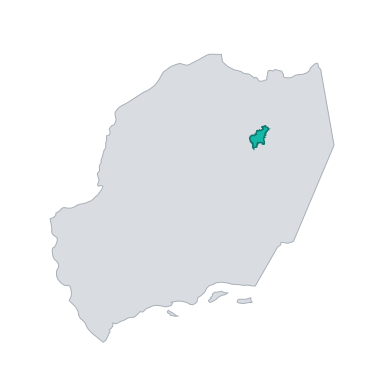 Shinyanga, Shinyanga, United Republic of Tanzania (highlighted), rotated 80°
{"feature_id": "72390352B3732768371218", "entity_name": "Shinyanga", "entity_type": "district", "adm_level": 2, "iso_a3": "TZA", "parent_name": "United Republic of Tanzania", "parent_adm1": "Shinyanga", "projection": "natural_earth1", "projection_center": [33.123, -3.598], "detail": "fine", "context": "in_parent", "style": "filled", "palette": "teal", "viewbox_px": 384, "rotation_deg": 80, "n_neighbors": 0, "source": "geoboundaries", "source_scale": "gbopen_adm2", "svg_char_len": 7340}
<svg xmlns="http://www.w3.org/2000/svg" viewBox="0 0 384 384"><g transform="rotate(80 192 192)"><path d="M145.3,276.3L141.4,274.0L137.9,272.5L135.0,270.9L133.7,269.4L131.0,268.8L128.7,268.5L126.5,267.1L122.0,266.5L121.5,265.6L121.5,263.4L120.7,262.9L119.1,262.3L117.3,262.4L116.3,262.7L115.6,262.5L114.2,261.3L112.8,259.7L112.3,257.1L110.3,255.5L107.9,254.2L101.4,254.3L100.4,253.9L98.8,252.6L97.0,250.5L95.5,248.1L94.3,244.7L92.9,240.3L85.4,222.5L84.6,219.1L83.2,215.4L80.8,210.8L78.2,207.4L74.8,204.3L70.9,201.2L68.8,199.2L64.7,190.8L63.9,186.9L63.3,182.8L63.5,181.1L66.0,175.9L66.3,174.4L66.0,172.5L64.7,168.3L63.1,163.2L59.9,154.0L59.5,151.7L59.5,149.9L61.4,140.6L61.4,139.2L68.9,139.4L74.3,135.3L79.1,129.2L80.0,126.6L82.0,122.7L83.9,120.7L84.6,119.4L85.7,115.5L88.2,112.8L90.7,110.8L90.1,109.3L90.5,108.8L91.8,107.7L94.4,106.8L94.9,104.7L94.9,102.4L94.5,101.1L94.6,99.6L94.2,98.8L92.5,98.6L90.0,97.4L87.9,96.9L86.4,96.2L85.9,95.7L85.7,94.3L86.9,90.8L85.7,89.3L88.3,83.3L88.8,82.6L89.7,82.5L91.2,81.9L92.6,81.6L93.8,81.8L94.6,81.6L95.3,80.9L96.0,78.9L96.5,75.5L96.2,72.8L95.1,70.7L94.8,67.4L95.3,63.1L94.9,59.5L93.7,56.6L92.5,54.9L90.6,54.1L87.7,49.7L86.8,47.6L86.9,46.2L87.9,45.7L89.8,45.9L91.6,45.4L93.3,44.2L94.9,43.8L95.7,44.0L170.6,44.0L258.0,100.5L258.4,101.1L259.1,106.0L258.9,107.6L257.6,110.5L257.2,111.9L257.2,112.9L257.5,113.3L258.6,113.5L259.6,114.1L260.0,114.7L260.7,116.8L261.7,117.8L294.9,145.5L295.6,146.0L295.1,148.3L293.2,153.9L293.1,156.3L292.4,159.0L291.7,160.9L289.7,168.8L288.1,171.8L285.9,178.7L285.6,184.0L286.8,187.8L287.2,191.3L289.8,194.7L291.8,195.9L293.2,197.5L295.6,201.0L297.0,204.6L301.4,206.4L303.2,210.4L302.5,213.2L300.5,215.5L298.5,219.2L297.0,224.1L296.9,231.5L297.9,230.4L300.3,232.2L300.6,237.7L298.1,244.1L297.4,247.1L297.2,249.7L299.0,257.3L301.6,261.2L301.4,262.4L300.7,263.5L305.2,270.4L304.8,276.4L306.4,281.0L307.2,285.1L308.3,288.2L308.5,290.3L307.1,292.7L310.3,293.3L312.3,295.3L313.2,297.1L315.6,297.0L316.8,298.3L318.7,299.4L322.8,302.5L323.9,304.1L324.5,305.6L313.2,315.4L309.1,318.0L306.2,319.1L303.1,319.8L300.1,321.3L297.3,323.8L293.7,325.0L289.4,325.0L284.8,326.7L277.6,331.8L273.4,329.0L270.1,328.1L266.3,328.2L264.0,328.5L263.2,329.1L262.4,330.9L261.8,333.7L259.3,336.4L255.0,339.1L251.0,340.0L247.3,339.4L244.8,338.3L243.5,336.8L241.6,336.1L239.1,336.2L236.7,337.3L234.4,339.3L230.7,340.2L225.6,339.9L222.9,338.9L222.6,337.2L220.3,335.2L216.3,333.0L213.3,332.9L211.4,335.1L209.6,336.5L208.1,337.0L206.6,337.1L204.6,336.5L199.0,336.3L193.7,336.4L193.2,333.2L192.1,331.3L191.1,330.1L189.3,329.8L188.8,328.9L188.2,327.0L187.3,325.3L186.1,323.9L185.4,322.6L185.1,321.4L185.3,320.1L186.4,316.9L186.8,314.6L186.7,312.4L186.1,310.0L184.8,307.2L185.0,306.4L184.5,304.5L184.5,303.2L184.7,301.6L184.5,299.4L183.4,294.7L183.4,293.5L182.3,291.3L178.8,286.0L178.6,285.3L173.1,279.9L170.9,278.8L170.1,279.8L169.8,280.7L170.0,282.4L169.9,283.3L169.6,283.6L168.3,283.6L167.5,283.4L165.4,281.9L163.8,281.6L159.7,281.9L158.3,282.2L157.2,281.9L155.1,279.4L152.5,278.9L150.3,278.8L146.6,276.0L145.3,276.3ZM302.1,186.9L303.9,192.8L303.6,193.9L302.3,194.6L301.7,194.6L300.9,193.7L300.3,191.7L299.3,192.2L297.7,189.8L296.0,189.7L294.6,186.9L295.1,184.4L294.8,180.2L296.6,178.0L297.6,174.4L298.8,176.9L299.0,180.8L300.6,185.3L302.1,186.9ZM310.9,151.9L311.1,153.3L310.7,154.6L310.8,158.8L310.6,161.5L309.3,165.4L308.1,166.7L307.2,166.3L306.3,165.7L305.7,164.7L307.0,157.6L306.4,152.4L308.9,152.9L310.9,151.9ZM307.0,236.8L305.7,237.1L305.2,236.8L304.4,235.6L305.8,234.6L307.1,232.7L310.2,229.9L311.7,227.7L311.5,229.9L309.7,234.6L308.2,235.0L307.0,236.8Z" fill="#d9dde1" stroke="#a8b0b8" stroke-width="1"/><path d="M139.9,111.8L140.0,111.9L140.4,111.9L140.6,111.7L141.0,111.3L141.4,110.7L141.5,110.6L141.8,111.0L142.0,111.2L142.3,111.2L142.5,111.2L142.5,111.6L142.7,111.8L142.8,112.0L143.0,112.2L143.0,112.3L143.0,112.5L143.1,112.9L143.0,113.0L143.1,113.4L143.2,113.5L143.2,113.8L143.3,113.9L143.3,114.0L143.3,114.6L143.3,114.8L143.3,115.1L143.2,115.1L143.3,115.2L143.3,115.4L143.2,115.6L143.1,115.9L143.1,116.1L143.0,116.3L142.9,116.4L143.0,116.5L142.9,116.7L142.9,116.8L142.9,117.1L142.9,117.5L143.6,117.7L144.2,117.9L144.6,118.3L144.8,118.5L145.6,118.6L145.8,118.6L146.1,118.6L146.3,118.6L146.4,118.8L146.2,119.1L146.0,119.6L145.9,119.8L146.1,119.9L146.3,119.9L146.6,120.0L146.9,120.0L147.2,120.2L147.2,121.4L146.8,121.9L146.6,122.2L146.6,122.5L146.5,123.0L146.9,123.6L147.0,123.8L147.2,124.1L147.2,124.3L147.5,124.2L147.6,124.4L147.7,124.5L147.8,124.7L147.8,124.8L147.8,125.1L148.0,125.2L148.2,125.3L148.3,125.4L148.4,125.5L148.5,125.5L148.8,125.8L149.2,125.9L149.3,125.9L149.6,125.9L149.8,125.8L150.0,125.8L150.1,125.7L150.3,125.7L150.6,125.8L150.8,125.7L150.9,125.8L151.0,125.8L151.3,125.8L151.5,125.7L151.8,125.5L151.9,125.4L151.9,125.5L152.0,125.5L152.3,125.6L152.4,125.4L152.5,125.3L152.5,125.2L152.7,124.9L152.9,125.0L153.0,125.0L153.2,124.9L153.3,124.8L153.4,124.7L153.5,124.7L153.8,124.4L153.9,124.5L154.0,124.4L154.0,124.5L154.1,124.4L154.1,124.5L154.2,124.4L154.3,124.4L154.5,124.2L154.6,124.3L154.8,124.3L154.9,124.2L155.0,124.1L155.3,124.0L155.5,124.0L155.5,123.9L155.7,124.0L155.8,124.0L155.9,123.9L156.0,123.9L156.3,123.8L156.5,123.9L156.6,123.7L156.8,123.7L156.9,123.8L157.0,123.7L157.1,123.8L157.2,124.0L157.3,124.0L157.5,124.1L157.6,124.3L157.8,124.3L158.0,124.3L158.0,124.2L158.5,124.1L159.0,124.3L159.2,124.2L159.4,124.2L159.5,124.2L159.9,123.9L159.7,123.9L159.4,123.7L159.3,123.4L159.2,123.4L159.1,123.2L158.9,123.0L159.0,122.8L158.9,122.3L158.9,122.2L158.9,121.6L158.9,121.4L159.0,121.2L158.9,121.1L158.9,120.9L158.9,120.6L158.7,120.5L158.6,120.2L158.2,120.1L157.8,120.1L157.6,120.1L157.3,120.0L157.3,119.9L156.6,119.9L156.5,119.7L156.4,119.8L156.2,119.5L156.2,119.4L156.1,119.1L156.1,118.9L155.9,118.9L155.6,118.9L155.4,119.0L155.4,118.9L155.3,119.0L155.2,119.0L155.0,118.9L154.9,118.9L154.7,118.8L154.6,118.7L154.7,118.3L154.9,118.0L155.1,117.3L155.2,116.6L155.3,116.4L155.3,116.1L155.3,115.8L155.2,115.7L155.3,115.2L155.5,115.0L155.6,114.7L155.7,114.4L155.8,114.3L155.8,114.2L156.0,114.0L156.4,114.0L156.5,114.1L156.8,114.2L156.7,113.7L156.8,113.5L157.0,113.6L157.3,113.5L157.3,113.1L157.4,112.9L157.4,112.7L157.1,112.6L156.8,112.3L156.5,112.3L155.9,112.2L155.5,112.1L155.1,112.2L154.9,112.1L154.5,112.2L153.7,112.2L153.4,112.2L153.1,112.1L152.9,112.1L152.7,112.2L152.0,112.2L151.9,112.2L151.5,112.0L151.4,111.9L151.2,111.7L151.0,111.4L150.9,111.2L150.8,110.8L150.7,110.9L150.5,111.1L150.3,111.2L150.2,111.2L149.8,111.2L149.7,111.2L149.5,110.9L149.4,110.9L149.1,110.7L148.8,110.3L148.8,110.2L148.7,110.2L148.4,110.0L148.4,109.9L148.3,110.0L148.2,110.0L147.9,109.9L147.7,109.9L147.6,110.0L147.5,109.9L147.3,109.7L147.0,109.3L146.8,109.2L146.7,109.3L146.6,109.0L146.6,108.8L146.2,108.6L145.9,108.5L145.4,108.4L145.2,108.4L145.2,108.2L145.2,107.6L144.9,107.5L144.8,107.4L144.7,107.0L144.5,106.7L144.4,106.6L143.9,106.5L143.7,106.5L143.6,106.4L143.6,106.2L143.5,105.7L143.4,105.5L143.3,105.8L143.2,105.8L142.9,105.9L142.5,106.1L142.3,106.1L141.8,106.1L141.7,106.2L141.5,106.5L141.4,106.6L141.3,106.9L141.3,107.0L141.2,107.2L141.1,107.4L141.0,107.5L140.9,107.8L140.6,107.9L140.3,108.0L139.9,108.0L139.6,108.1L139.6,108.4L139.6,109.2L139.8,109.3L139.9,109.5L140.0,110.0L140.0,110.6L139.9,111.0L139.9,111.6L139.9,111.8Z" fill="#14b8a6" stroke="#0f766e" stroke-width="1.5"/></g></svg>